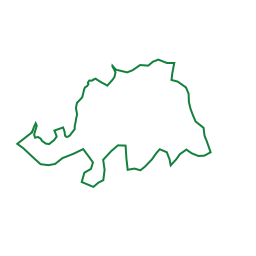 Lazanias, Nicosia, Cyprus, rotated 125°
{"feature_id": "46923920B15304330642717", "entity_name": "Lazanias", "entity_type": "district", "adm_level": 2, "iso_a3": "CYP", "parent_name": "Cyprus", "parent_adm1": "Nicosia", "projection": "mercator", "projection_center": [33.218, 34.935], "detail": "fine", "context": "isolated", "style": "outline", "palette": "green", "viewbox_px": 256, "rotation_deg": 125, "n_neighbors": 0, "source": "geoboundaries", "source_scale": "gbopen_adm2", "svg_char_len": 1530}
<svg xmlns="http://www.w3.org/2000/svg" viewBox="0 0 256 256"><g transform="rotate(125 128 128)"><path d="M184.9,118.3L175.8,123.1L168.3,130.1L156.6,128.5L148.0,126.3L143.8,119.9L153.9,111.8L162.4,104.3L157.6,99.5L155.5,93.6L150.2,92.0L140.0,90.4L132.5,90.4L127.2,89.8L125.6,82.3L129.9,75.9L134.1,71.6L125.6,70.5L119.7,70.5L112.2,67.8L112.2,61.4L110.6,54.4L106.9,49.6L100.5,46.4L97.6,50.4L93.6,56.0L90.4,60.9L84.5,66.2L83.9,76.4L80.2,82.3L76.5,87.7L71.7,93.1L65.3,97.9L61.5,103.8L61.5,114.0L63.7,119.9L57.8,123.1L48.2,127.4L52.4,133.3L54.6,142.4L59.4,145.6L65.3,147.2L69.5,154.2L78.1,157.4L82.9,160.6L87.2,171.4L85.9,176.5L86.3,176.3L89.5,170.2L94.1,168.3L98.0,168.4L105.2,169.3L105.4,172.2L105.9,175.8L106.2,181.5L106.1,182.8L107.9,184.0L108.0,183.8L110.0,184.8L111.3,186.9L113.9,186.9L114.7,185.6L117.0,185.5L119.4,186.5L120.8,186.3L122.4,185.7L129.2,183.1L136.7,184.2L141.5,182.1L146.2,177.4L149.8,176.0L152.6,174.6L156.7,172.9L159.5,171.0L164.7,171.3L167.3,171.3L169.6,172.2L170.6,173.3L170.4,175.1L167.2,178.1L164.8,181.5L172.3,186.8L175.1,182.6L176.0,181.5L180.4,181.6L186.4,183.4L187.9,186.3L187.9,191.1L186.8,193.3L187.0,196.5L189.2,198.6L187.4,201.0L184.7,202.0L178.6,204.0L177.1,206.3L179.6,205.9L181.6,205.5L186.3,204.1L186.4,204.6L187.5,204.4L204.5,209.6L204.6,201.9L204.7,201.7L206.8,186.9L207.8,178.9L204.1,171.9L199.3,167.1L190.2,164.4L180.6,158.0L171.0,152.6L174.2,142.9L176.3,137.0L182.7,134.9L189.7,138.1L198.8,134.9L196.1,122.6L189.7,120.9L184.9,118.3Z" fill="none" stroke="#15803d" stroke-width="2"/></g></svg>